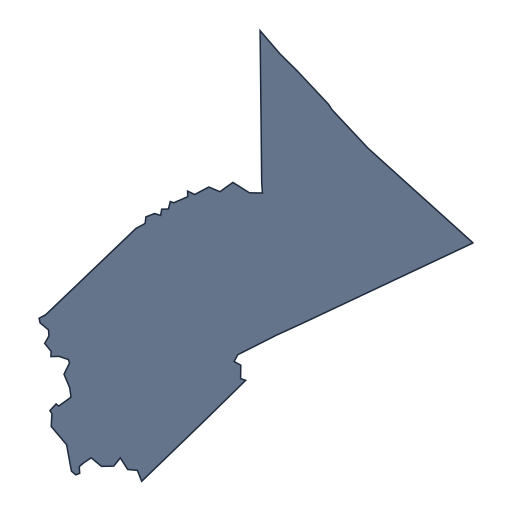 the district of Stanislaus, California, United States of America
{"feature_id": "52423323B60811948646652", "entity_name": "Stanislaus", "entity_type": "district", "adm_level": 2, "iso_a3": "USA", "parent_name": "United States of America", "parent_adm1": "California", "projection": "robinson", "projection_center": [-121.179, 37.606], "detail": "fine", "context": "isolated", "style": "filled", "palette": "slate", "viewbox_px": 512, "rotation_deg": 0, "n_neighbors": 0, "source": "geoboundaries", "source_scale": "gbopen_adm2", "svg_char_len": 930}
<svg xmlns="http://www.w3.org/2000/svg" viewBox="0 0 512 512"><path d="M367.9,148.1L331.9,109.6L328.6,104.4L297.0,70.7L280.0,53.9L260.1,30.7L261.7,182.6L262.4,193.0L249.4,192.8L232.9,182.4L219.9,191.7L208.8,187.0L194.7,194.5L187.6,191.1L187.7,196.7L173.6,202.8L170.3,201.5L168.4,209.0L161.7,209.2L160.6,215.4L154.6,213.5L145.9,216.9L145.1,223.5L136.1,228.3L124.9,239.0L45.0,315.4L44.7,315.2L39.1,318.3L40.1,322.9L48.5,329.9L48.9,336.0L44.7,343.4L51.1,351.3L50.9,356.6L59.1,356.4L68.4,359.6L69.5,363.1L64.0,374.2L69.7,387.7L71.0,397.1L58.7,406.1L56.1,403.9L49.9,410.6L51.9,413.6L51.2,426.5L66.6,444.7L71.4,471.1L75.8,474.9L79.7,473.3L79.3,466.6L83.5,463.0L91.2,457.8L101.5,466.4L113.7,466.1L120.3,457.9L127.7,469.5L137.4,470.4L141.7,481.3L205.2,420.0L245.7,380.3L240.6,378.6L240.8,365.2L234.1,361.5L237.8,354.7L276.2,335.3L304.1,322.5L472.9,243.0L472.9,242.8L367.9,148.1Z" fill="#64748b" stroke="#1e293b" stroke-width="1.5"/></svg>